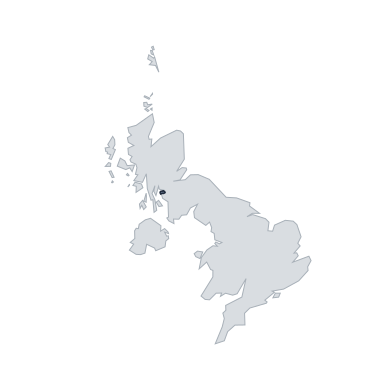 location of Inverclyde within United Kingdom, rotated 335°
{"feature_id": "GBR-2005", "entity_name": "Inverclyde", "entity_type": "Unitary District", "adm_level": 1, "iso_a3": "GBR", "parent_name": "United Kingdom", "parent_adm1": "", "projection": "albers", "projection_center": [-4.735, 55.9], "detail": "fine", "context": "in_parent", "style": "filled", "palette": "slate", "viewbox_px": 384, "rotation_deg": 335, "n_neighbors": 0, "source": "natural_earth", "source_scale": "10m", "svg_char_len": 4187}
<svg xmlns="http://www.w3.org/2000/svg" viewBox="0 0 384 384"><g transform="rotate(335 192 192)"><path d="M204.4,293.3L189.9,303.3L185.3,302.7L179.6,297.9L173.7,298.6L176.1,296.1L171.1,293.9L162.3,297.1L158.5,294.9L156.2,290.1L175.0,277.8L177.8,271.9L176.1,270.1L175.7,261.7L166.0,264.7L172.8,255.4L181.1,250.8L188.3,249.6L192.1,251.9L190.9,248.3L192.5,247.4L195.0,250.6L197.8,250.4L192.5,245.0L194.6,238.9L192.5,235.9L194.8,232.6L195.2,226.7L190.4,228.1L183.4,216.3L185.3,210.5L191.9,205.4L183.8,205.8L177.5,210.4L172.8,208.7L168.6,211.1L163.8,208.7L162.3,213.0L158.8,208.4L158.2,204.9L160.1,204.8L166.1,190.7L162.7,185.3L163.7,178.9L167.5,178.7L163.5,175.6L164.1,172.7L157.8,180.0L157.7,175.2L161.1,170.6L155.2,176.4L155.1,183.3L152.3,193.7L149.0,194.4L153.3,182.4L151.4,182.1L152.9,170.1L158.3,156.2L151.2,162.3L144.1,157.1L150.2,153.5L148.2,152.1L152.4,146.7L152.9,143.1L149.4,139.0L149.4,136.6L152.7,134.5L150.3,131.1L152.4,125.3L159.0,125.3L155.3,120.1L156.4,115.5L161.2,114.9L160.0,111.5L161.1,106.5L169.5,108.0L189.2,104.4L187.1,113.0L176.0,123.2L175.4,126.1L178.0,127.0L174.0,133.6L186.3,129.8L204.2,129.5L207.4,131.9L208.8,135.6L198.9,159.0L186.8,166.8L193.3,165.7L196.9,167.8L196.6,169.6L186.2,176.0L179.6,174.3L191.1,178.0L197.9,175.8L205.0,178.9L213.0,187.8L220.7,211.2L229.9,216.2L240.0,226.2L238.2,229.0L244.2,239.9L237.7,236.8L231.4,237.6L237.4,238.1L247.3,247.2L249.0,251.9L244.4,259.2L248.5,261.6L252.8,256.9L264.6,257.1L271.4,261.2L273.3,265.9L271.9,278.7L266.2,283.2L267.2,286.6L258.6,290.5L261.2,291.4L261.3,294.7L253.6,298.2L270.8,299.6L270.9,304.5L265.2,308.7L264.0,312.2L251.2,317.6L234.0,318.7L222.8,315.7L224.3,317.7L212.3,320.8L213.6,323.4L212.4,324.2L195.4,321.6L188.4,324.1L183.8,334.9L174.7,330.8L165.3,333.6L158.4,340.5L148.9,339.4L162.4,327.0L167.8,320.3L168.8,314.8L172.7,313.5L174.6,309.0L192.8,308.3L204.4,293.3ZM144.4,230.3L134.3,229.9L134.4,227.0L128.8,220.2L123.5,227.5L118.9,227.0L115.0,224.9L110.7,218.2L117.1,214.6L114.7,211.6L120.5,210.0L123.6,202.9L126.1,201.3L127.9,202.5L130.5,198.9L137.9,197.5L143.3,198.3L149.6,209.4L147.0,214.2L151.7,213.6L153.4,218.1L153.2,219.8L150.2,216.8L150.4,221.4L152.0,221.7L151.2,224.4L147.6,225.3L144.4,230.3ZM144.0,111.9L142.1,116.6L138.7,119.2L140.5,121.2L132.6,128.4L130.8,126.6L134.2,123.7L131.3,121.4L132.4,120.2L131.0,118.9L131.9,115.4L136.3,116.5L135.7,113.4L143.6,108.1L144.0,111.9ZM144.3,135.5L144.4,140.7L151.3,143.2L146.4,148.2L145.8,143.8L141.5,143.7L135.2,137.0L141.3,131.0L144.3,135.5ZM210.8,49.4L213.8,54.5L215.2,53.7L212.6,69.4L212.4,61.9L207.1,58.6L211.0,57.0L208.1,52.7L210.8,49.4ZM149.3,167.4L141.1,168.7L143.9,163.3L141.2,161.1L144.5,159.1L149.6,163.4L149.3,167.4ZM172.0,247.9L176.4,250.9L171.1,255.7L168.1,252.2L167.9,248.8L172.0,247.9ZM143.7,178.7L144.2,186.2L140.8,187.5L140.9,182.8L138.0,185.0L139.3,180.7L143.7,178.7ZM188.9,91.6L188.7,94.2L193.1,95.5L187.4,96.6L184.7,93.9L186.1,90.5L188.9,91.6ZM159.4,192.1L155.9,191.2L155.3,186.1L158.2,185.5L159.4,192.1ZM229.2,321.0L226.1,323.9L220.6,322.1L224.8,318.9L229.2,321.0ZM146.1,181.9L144.6,179.8L150.0,173.7L148.8,176.7L146.1,181.9ZM128.9,130.1L130.5,131.7L129.0,134.3L124.2,132.2L128.9,130.1ZM127.6,145.7L125.7,145.2L125.5,138.3L127.6,138.6L127.6,145.7ZM215.2,51.8L213.4,49.5L214.3,46.2L215.7,47.1L215.2,51.8ZM193.4,89.1L192.2,89.8L188.8,85.5L189.8,84.8L193.4,89.1ZM187.5,100.0L185.9,100.4L184.2,96.9L185.9,97.0L187.5,100.0ZM218.4,43.5L217.9,47.0L216.6,46.7L216.5,43.6L218.4,43.5ZM197.6,86.7L194.3,87.9L197.9,85.9L197.6,86.7ZM142.0,150.3L141.0,150.5L139.8,148.7L141.4,147.9L142.0,150.3ZM191.3,99.0L190.3,101.0L189.3,99.2L191.3,99.0ZM138.0,159.5L135.9,160.3L138.8,158.4L138.0,159.5ZM125.0,149.7L123.7,150.0L123.1,149.5L124.5,148.2L125.0,149.7Z" fill="#d9dde1" stroke="#a8b0b8" stroke-width="1"/><path d="M162.8,180.7L162.7,180.0L162.8,179.2L163.0,178.7L163.4,178.4L163.9,178.2L164.2,178.2L164.4,178.2L165.3,178.7L165.6,178.7L165.8,178.6L166.1,178.8L166.8,178.9L166.9,179.4L167.1,179.8L167.4,180.3L167.5,180.8L167.4,181.1L167.1,181.3L166.8,181.3L166.4,181.3L166.0,181.3L165.6,181.3L165.3,181.2L164.9,181.0L164.9,180.9L164.5,180.6L164.2,180.6L163.4,180.6L162.8,180.7L162.8,180.7Z" fill="#64748b" stroke="#1e293b" stroke-width="1.5"/></g></svg>